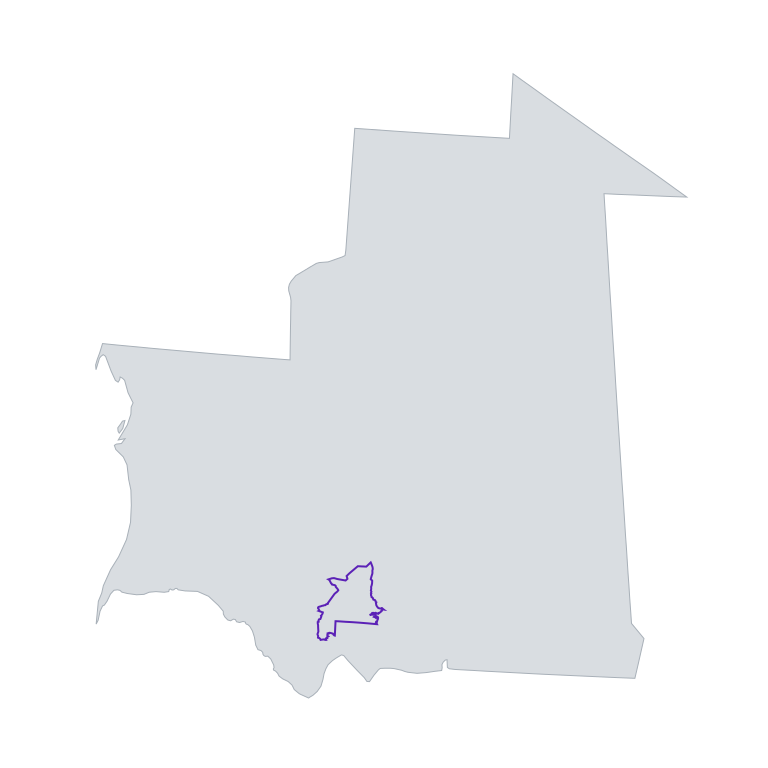 location of Kiffa, Assaba, Mauritania, rotated 4°
{"feature_id": "47542326B84598403271907", "entity_name": "Kiffa", "entity_type": "district", "adm_level": 2, "iso_a3": "MRT", "parent_name": "Mauritania", "parent_adm1": "Assaba", "projection": "albers", "projection_center": [-11.344, 16.693], "detail": "fine", "context": "in_parent", "style": "outline", "palette": "violet", "viewbox_px": 768, "rotation_deg": 4, "n_neighbors": 0, "source": "geoboundaries", "source_scale": "gbopen_adm2", "svg_char_len": 6094}
<svg xmlns="http://www.w3.org/2000/svg" viewBox="0 0 768 768"><g transform="rotate(4 384 384)"><path d="M322.1,699.3L321.0,698.8L315.8,695.1L313.3,690.8L309.2,687.5L303.5,685.2L299.7,682.7L298.0,679.9L295.9,678.0L293.7,677.0L293.5,676.0L294.1,674.6L293.6,672.0L290.2,666.2L287.1,663.6L284.5,664.0L283.0,663.2L282.1,662.0L281.7,660.1L279.9,658.5L276.8,657.8L274.3,653.5L272.4,645.6L270.0,639.5L267.0,635.1L264.9,633.5L263.3,633.1L262.7,632.4L262.3,631.2L259.9,630.7L256.6,632.0L253.6,631.5L252.1,629.3L250.1,629.1L247.5,630.9L244.6,630.3L241.5,627.5L239.8,624.7L239.5,621.9L234.2,616.4L223.8,608.0L212.4,603.9L200.1,604.3L193.1,603.7L191.7,602.4L190.1,602.5L188.6,604.0L186.9,604.3L185.2,603.4L184.1,604.0L183.7,606.1L179.3,607.1L171.0,607.0L164.3,608.1L159.2,610.6L151.9,611.5L142.6,610.9L137.0,609.9L135.1,608.3L132.5,607.9L129.0,608.6L125.8,612.6L122.9,619.9L120.5,624.0L118.7,625.0L116.6,630.4L115.3,639.6L113.6,643.6L114.2,620.7L117.0,612.2L118.1,604.8L124.2,588.3L131.3,574.9L138.0,557.1L140.8,539.7L140.4,522.6L138.9,507.4L136.0,497.2L133.3,482.6L129.0,474.9L121.0,468.0L119.3,464.0L121.2,462.6L126.2,461.7L129.5,456.6L122.8,458.4L130.9,442.6L133.6,431.8L133.4,424.7L135.0,420.3L129.3,410.6L125.0,398.4L122.7,396.5L120.3,395.4L120.0,398.2L118.6,400.7L115.8,399.1L110.9,390.2L104.3,375.8L101.8,374.3L99.7,376.2L98.4,378.0L95.7,389.8L95.0,385.1L96.2,379.6L98.2,372.8L100.4,363.3L106.5,363.5L117.4,363.8L139.3,364.3L150.2,364.6L172.1,365.0L183.0,365.2L204.9,365.6L215.8,365.8L237.6,366.0L248.6,366.2L270.4,366.4L281.4,366.5L288.6,366.5L288.2,359.8L287.9,354.4L287.5,347.2L287.1,340.1L286.7,332.9L286.4,326.2L286.0,319.5L285.7,313.2L285.4,307.5L284.8,304.2L282.5,297.7L282.1,294.4L282.7,291.0L284.3,287.8L288.5,282.0L295.0,277.5L302.4,272.3L308.1,268.4L310.9,267.4L319.7,266.1L326.7,263.1L333.4,260.2L336.2,258.6L336.6,253.1L337.0,131.0L369.9,131.0L378.6,131.0L439.2,130.8L447.9,130.7L492.0,130.2L491.9,124.5L491.8,116.3L491.6,105.0L491.5,93.7L491.2,73.8L491.1,65.5L499.8,70.9L517.4,81.7L526.1,87.1L543.8,97.9L561.4,108.6L579.1,119.4L588.0,124.7L596.8,130.1L605.7,135.4L614.6,140.8L632.4,151.4L639.9,155.9L651.4,163.0L662.1,169.7L673.0,176.4L656.6,177.0L634.7,177.6L619.8,178.0L604.5,178.5L590.2,178.8L591.7,190.3L593.4,202.8L595.0,215.3L596.6,227.9L598.3,240.4L603.2,278.1L604.9,290.6L606.6,303.2L608.2,315.8L609.9,328.4L613.3,353.5L614.9,366.1L616.6,378.7L618.3,391.4L620.0,404.0L621.7,416.6L625.1,441.8L626.8,454.4L628.5,467.1L630.3,479.7L632.0,492.3L633.7,504.9L635.4,517.6L637.2,530.2L640.6,555.5L642.4,568.1L644.1,580.8L645.9,593.4L647.6,605.6L653.6,611.9L661.1,619.8L659.3,631.4L657.2,645.1L654.8,660.1L634.4,660.7L614.4,661.2L564.3,662.4L554.3,662.6L504.2,663.4L494.1,663.5L474.8,663.8L469.0,663.5L467.0,662.3L466.1,654.6L464.4,655.1L462.4,657.4L461.4,659.9L461.8,663.1L461.5,665.8L455.1,667.0L446.4,668.9L437.2,670.3L428.0,669.9L424.8,669.3L421.5,668.3L414.1,667.2L410.1,667.1L405.5,667.4L400.1,668.0L398.4,669.5L394.3,675.2L390.3,681.9L387.7,681.9L384.8,678.3L376.9,671.3L367.2,662.3L362.8,657.7L360.5,657.2L355.8,660.4L351.9,663.5L347.8,667.9L345.9,672.1L344.4,677.1L343.7,683.0L342.2,689.8L338.8,695.4L334.8,699.5L331.9,701.5L330.7,702.5L322.1,699.3ZM126.5,446.6L123.3,451.5L122.0,449.6L121.5,446.3L124.4,441.7L125.7,439.3L128.1,438.5L126.5,446.6Z" fill="#d9dde1" stroke="#a8b0b8" stroke-width="1"/><path d="M335.7,636.0L335.1,638.1L335.2,638.6L335.9,640.0L335.8,641.5L336.0,641.8L337.1,641.9L338.1,642.7L338.6,643.7L340.1,643.3L341.8,643.0L343.3,643.4L344.2,643.3L343.7,642.0L344.3,641.4L345.2,641.4L345.2,640.7L345.1,640.1L346.0,639.6L345.4,639.2L344.9,638.4L345.3,637.4L345.1,636.7L345.6,636.5L345.7,637.0L346.4,636.8L346.9,636.0L348.2,636.1L350.5,636.6L351.0,637.5L352.0,638.3L352.5,638.4L352.2,624.0L354.4,623.9L361.9,623.9L368.5,623.8L376.0,623.8L385.1,623.9L393.5,624.1L393.8,624.1L393.1,622.8L392.7,622.8L392.1,623.0L392.8,622.4L391.9,621.8L392.4,621.9L392.5,621.8L393.2,622.0L393.6,621.8L393.7,621.2L393.7,620.7L393.9,619.8L394.2,619.5L394.4,618.5L394.1,617.9L392.9,618.2L393.2,618.0L394.3,617.4L394.1,616.9L393.4,616.6L393.0,616.7L392.5,616.9L392.1,617.8L391.4,617.3L390.2,617.0L390.5,616.6L391.7,616.9L392.3,616.6L392.0,615.6L391.5,615.7L391.5,615.2L391.3,614.3L390.0,614.2L389.5,614.6L389.4,613.9L388.5,614.2L388.2,614.4L387.4,615.1L385.9,615.6L386.5,615.0L387.0,614.8L387.6,614.2L388.2,613.2L388.9,613.1L389.8,613.0L390.5,613.4L391.3,613.0L391.7,612.8L392.6,613.3L393.1,613.5L393.6,613.4L394.5,612.8L394.8,612.7L394.9,612.9L394.9,613.1L396.8,611.4L396.9,611.0L397.0,610.7L397.7,610.4L398.1,608.9L399.4,609.0L398.5,608.4L397.7,607.7L397.2,607.7L396.6,608.3L395.1,608.1L394.0,607.9L392.6,606.5L391.8,605.3L391.5,604.1L391.3,603.5L391.6,602.3L390.8,601.8L390.7,601.0L389.9,600.1L388.7,599.9L388.4,599.8L388.3,599.5L388.2,599.2L388.0,598.9L387.9,598.4L387.3,597.9L386.8,597.6L386.5,597.5L386.4,597.0L386.4,596.7L386.0,596.2L385.8,595.7L385.7,595.3L385.7,594.9L386.0,593.9L385.8,593.5L385.6,593.4L385.9,591.9L385.3,590.9L385.5,589.8L385.5,589.7L385.5,588.6L385.3,587.3L385.7,585.9L386.0,584.0L386.0,582.2L385.9,580.9L384.4,579.7L384.5,579.0L385.0,576.4L385.6,574.1L385.6,572.4L385.4,571.3L385.5,570.4L385.7,569.4L385.5,568.2L385.2,567.1L384.3,565.1L383.7,563.8L383.2,562.9L379.1,567.4L370.6,567.6L364.1,573.9L362.3,575.7L360.1,578.2L360.9,580.2L361.1,580.9L359.4,582.7L353.7,582.1L350.9,581.8L349.1,581.4L347.6,581.1L346.7,581.3L345.7,581.4L342.2,582.8L343.0,583.2L343.6,584.0L345.1,586.5L345.7,586.8L346.0,587.6L346.9,587.8L349.0,588.1L349.9,588.8L350.0,589.7L351.3,591.0L352.3,592.1L352.8,592.9L351.9,594.3L350.7,595.4L349.3,596.8L343.2,606.6L343.3,606.7L343.4,607.1L343.1,607.4L341.8,607.7L341.4,608.1L341.1,608.6L340.6,608.8L340.1,608.8L339.7,608.9L339.0,609.3L338.0,609.5L337.7,609.6L337.3,609.8L336.1,610.3L335.2,610.6L334.2,611.0L334.0,611.3L333.8,611.7L333.8,612.2L334.2,612.6L335.3,614.4L334.6,614.9L338.9,616.1L338.7,617.4L337.7,619.2L337.3,619.6L337.7,620.2L337.5,621.0L336.9,622.9L335.5,623.4L335.1,624.8L335.4,625.7L334.5,626.1L334.6,627.4L334.8,628.2L335.1,629.4L335.2,630.8L335.8,635.5L335.7,636.0Z" fill="none" stroke="#5b21b6" stroke-width="2"/></g></svg>